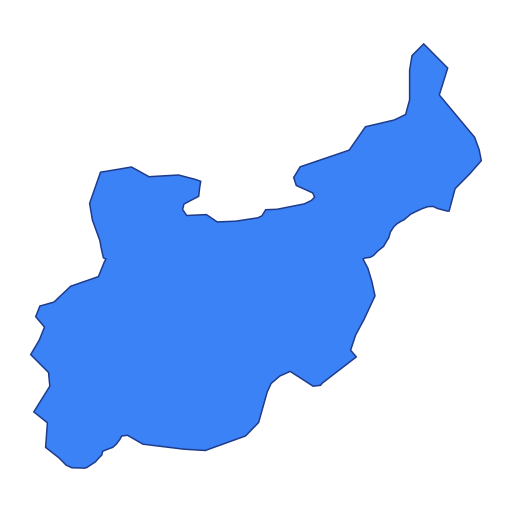 the district of Koulikoro, Koulikoro, Mali
{"feature_id": "8926073B42356193702634", "entity_name": "Koulikoro", "entity_type": "district", "adm_level": 2, "iso_a3": "MLI", "parent_name": "Mali", "parent_adm1": "Koulikoro", "projection": "orthographic", "projection_center": [-7.329, 13.238], "detail": "fine", "context": "isolated", "style": "filled", "palette": "blue", "viewbox_px": 512, "rotation_deg": 0, "n_neighbors": 0, "source": "geoboundaries", "source_scale": "gbopen_adm2", "svg_char_len": 1731}
<svg xmlns="http://www.w3.org/2000/svg" viewBox="0 0 512 512"><path d="M178.5,175.0L149.0,176.7L131.5,167.0L100.5,172.2L89.6,203.4L92.4,220.0L99.9,240.7L101.1,247.7L103.4,257.8L104.9,258.5L105.9,259.1L104.3,262.0L98.4,276.6L70.7,286.2L53.9,302.1L39.9,306.0L35.7,316.7L44.5,327.1L39.3,340.0L30.7,354.6L48.6,372.6L48.7,374.2L49.8,386.2L33.8,411.9L47.4,422.8L45.6,447.4L53.0,453.2L59.0,457.9L66.2,465.2L72.0,467.8L81.0,468.0L84.6,468.1L86.7,467.6L92.3,463.9L95.4,461.9L98.2,458.7L101.8,455.0L102.7,451.2L106.8,449.6L107.0,449.5L109.8,448.4L111.2,447.9L112.7,447.4L116.2,444.2L116.5,443.9L118.2,441.6L119.8,439.5L121.6,436.1L122.4,435.9L127.5,435.3L143.0,444.2L184.1,449.2L205.3,450.5L245.6,435.9L258.6,422.5L267.2,392.0L271.1,383.5L279.7,376.1L290.2,371.4L313.1,386.2L320.5,385.3L322.4,383.0L356.3,356.9L350.6,350.2L355.6,335.1L363.9,319.7L375.0,295.9L371.9,281.6L367.9,268.3L363.0,259.0L365.3,257.9L366.5,257.8L369.9,257.4L373.2,255.7L376.9,251.9L377.9,250.9L381.5,248.0L383.5,246.5L387.1,240.3L388.6,238.1L390.5,231.8L394.0,226.5L396.8,223.9L397.9,223.2L401.4,221.0L403.9,219.9L410.5,214.3L410.9,214.0L413.0,213.1L413.5,212.7L422.2,208.6L428.1,206.6L433.4,206.5L437.2,208.4L440.9,209.4L445.7,210.7L446.8,211.0L449.1,211.1L449.3,210.3L455.1,188.7L469.5,174.1L481.3,160.7L479.2,149.9L474.7,137.4L439.3,95.0L447.7,68.1L423.7,43.9L412.0,55.6L409.6,70.2L409.6,99.9L405.6,114.5L394.2,120.0L365.5,126.7L349.2,150.1L300.2,166.8L293.7,177.5L296.3,185.5L312.7,192.9L314.6,197.1L311.3,200.5L304.2,203.9L277.0,209.3L265.7,209.7L262.0,215.8L257.8,217.8L235.5,221.2L217.2,221.9L206.4,214.6L186.7,215.5L182.6,209.5L184.0,204.0L198.7,196.3L199.7,187.3L200.7,181.3L195.0,179.3L178.5,175.0Z" fill="#3b82f6" stroke="#1e3a8a" stroke-width="1.5"/></svg>